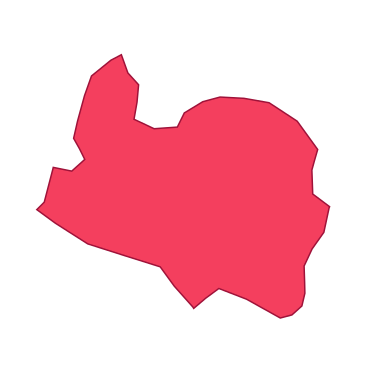 the Municipality of Kolašin, rotated 199°
{"feature_id": "MNE-1512", "entity_name": "Kolašin", "entity_type": "Municipality", "adm_level": 1, "iso_a3": "MNE", "parent_name": "Montenegro", "parent_adm1": "", "projection": "albers", "projection_center": [19.443, 42.798], "detail": "fine", "context": "isolated", "style": "filled", "palette": "rose", "viewbox_px": 384, "rotation_deg": 199, "n_neighbors": 0, "source": "natural_earth", "source_scale": "10m", "svg_char_len": 776}
<svg xmlns="http://www.w3.org/2000/svg" viewBox="0 0 384 384"><g transform="rotate(199 192 192)"><path d="M57.1,222.9L57.2,221.6L54.2,196.8L59.9,177.3L61.9,158.5L56.0,143.0L52.3,133.0L51.0,120.0L57.5,108.3L67.5,101.6L105.6,108.4L135.2,109.5L144.5,96.0L152.5,82.5L153.7,83.5L178.1,97.2L197.7,110.9L234.2,109.9L273.7,109.0L295.3,114.2L311.0,118.0L333.0,124.8L328.4,134.3L331.0,168.2L331.2,170.1L312.5,172.6L304.0,187.9L312.5,196.3L321.4,204.2L323.3,221.7L325.0,248.1L324.8,269.0L311.6,290.2L303.5,298.8L291.4,283.7L277.4,276.0L273.2,258.9L270.5,241.9L248.4,239.5L227.0,248.6L225.0,264.3L211.2,280.9L196.4,290.9L173.3,297.5L148.2,301.5L115.6,293.2L110.2,289.4L87.0,273.1L86.4,261.1L85.8,251.8L77.2,229.4L57.1,222.9Z" fill="#f43f5e" stroke="#9f1239" stroke-width="1.5"/></g></svg>